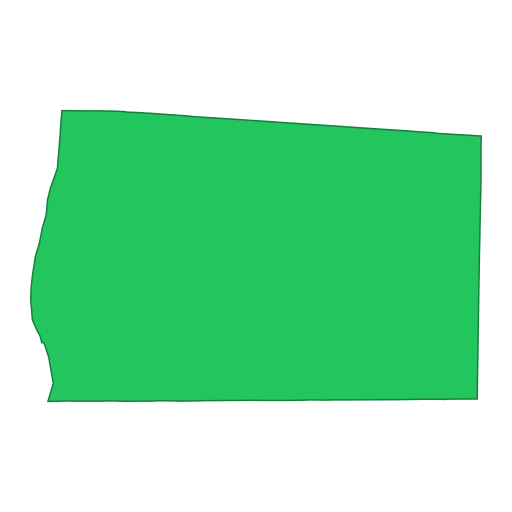 outline of Magdalena Ocotlán, Oaxaca, Mexico
{"feature_id": "50627088B67117262986487", "entity_name": "Magdalena Ocotlán", "entity_type": "district", "adm_level": 2, "iso_a3": "MEX", "parent_name": "Mexico", "parent_adm1": "Oaxaca", "projection": "albers", "projection_center": [-96.722, 16.709], "detail": "fine", "context": "isolated", "style": "filled", "palette": "green", "viewbox_px": 512, "rotation_deg": 0, "n_neighbors": 0, "source": "geoboundaries", "source_scale": "gbopen_adm2", "svg_char_len": 1245}
<svg xmlns="http://www.w3.org/2000/svg" viewBox="0 0 512 512"><path d="M196.3,400.9L201.3,400.8L202.6,400.7L250.1,400.3L279.7,400.5L304.4,400.2L305.1,400.1L310.3,399.9L317.1,400.0L319.0,400.0L326.8,400.1L333.0,399.9L341.1,399.9L347.4,399.9L394.5,399.7L427.5,399.2L445.5,399.4L448.3,399.1L477.2,399.0L478.8,292.4L479.4,257.4L480.8,188.2L481.0,179.5L481.0,142.6L481.0,141.3L481.3,136.0L437.6,133.4L433.1,132.7L428.4,132.4L345.7,126.8L214.1,117.9L202.3,117.2L194.4,116.7L187.2,115.9L164.3,114.3L150.7,113.3L146.1,113.1L140.9,112.7L133.0,112.3L127.7,112.2L125.3,111.8L124.1,111.7L122.3,111.5L120.4,111.4L117.7,111.3L114.6,111.2L107.2,111.0L104.7,111.0L100.0,110.9L80.7,110.8L63.6,110.6L62.9,110.7L61.9,110.6L61.9,112.2L61.2,119.2L60.5,128.3L60.2,134.3L59.8,138.1L59.0,149.6L58.1,158.8L57.4,168.4L53.5,179.5L50.6,187.5L47.5,199.9L46.3,214.5L42.5,227.3L39.4,243.0L35.4,256.5L32.5,275.2L31.1,288.0L30.7,299.6L32.4,319.9L37.4,331.3L40.1,336.0L41.8,342.7L43.9,342.6L48.8,357.5L51.3,372.2L53.4,383.0L49.6,395.9L47.9,401.4L57.6,401.3L62.5,401.1L68.7,400.9L71.5,401.1L75.3,401.1L83.8,401.1L99.8,401.1L112.6,400.9L126.4,401.3L141.3,401.1L152.9,401.1L158.0,400.7L173.2,400.9L180.6,401.1L196.3,400.9Z" fill="#22c55e" stroke="#15803d" stroke-width="1.5"/></svg>